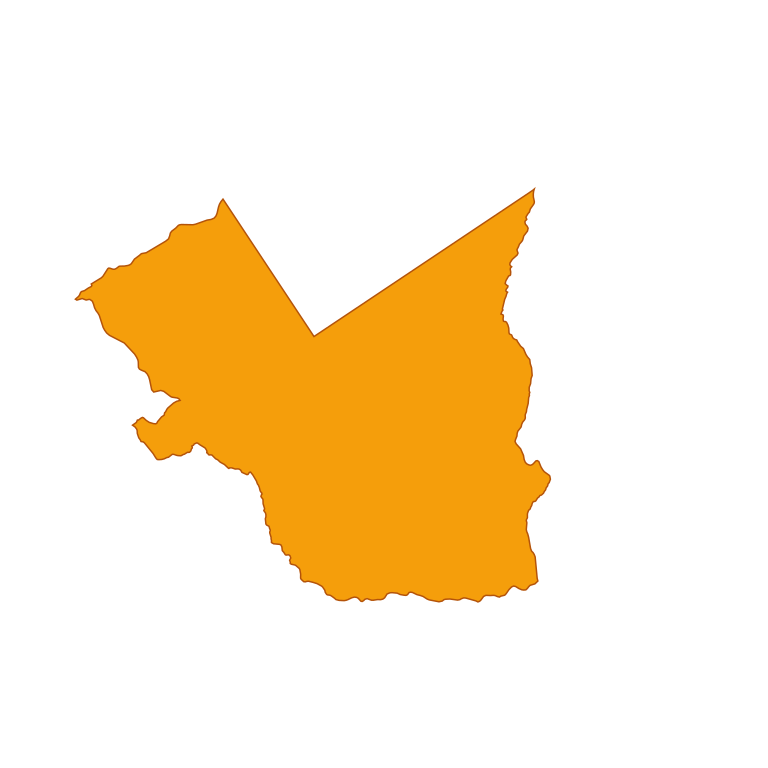 the Province of Moxico, rotated 236°
{"feature_id": "AGO-1892", "entity_name": "Moxico", "entity_type": "Province", "adm_level": 1, "iso_a3": "AGO", "parent_name": "Angola", "parent_adm1": "", "projection": "albers", "projection_center": [20.805, -13.377], "detail": "fine", "context": "isolated", "style": "filled", "palette": "amber", "viewbox_px": 768, "rotation_deg": 236, "n_neighbors": 0, "source": "natural_earth", "source_scale": "10m", "svg_char_len": 6171}
<svg xmlns="http://www.w3.org/2000/svg" viewBox="0 0 768 768"><g transform="rotate(236 384 384)"><path d="M462.5,352.5L461.4,603.8L461.4,615.7L461.6,617.6L460.2,615.9L458.0,614.0L455.5,612.4L451.1,610.6L450.1,609.8L449.3,608.5L447.3,603.2L445.2,600.6L444.8,598.9L443.3,595.5L442.6,594.8L440.7,594.5L440.4,593.8L440.4,592.7L439.6,591.4L437.4,590.6L434.9,590.9L432.6,590.6L430.5,588.4L428.6,582.7L425.9,579.6L425.2,578.2L424.2,574.5L422.6,572.2L421.1,569.5L420.3,569.0L417.6,568.3L416.5,566.6L415.6,560.1L414.0,556.3L412.9,555.2L411.5,554.9L409.8,555.4L409.5,553.7L408.5,552.8L406.0,551.7L403.8,550.0L403.5,549.2L403.8,548.2L403.8,547.6L401.4,542.7L399.5,540.6L397.4,541.0L395.9,541.6L395.0,540.6L394.3,538.5L393.6,537.5L393.0,537.1L392.3,537.2L391.0,537.8L390.4,536.4L388.4,534.1L386.7,531.4L380.0,524.1L379.5,523.9L378.9,524.0L378.6,523.5L378.3,522.4L376.6,520.1L374.9,521.3L373.6,521.0L371.1,518.9L369.3,518.2L368.5,518.7L367.9,519.6L366.7,520.1L363.6,519.7L360.6,518.7L356.8,516.4L355.6,516.0L354.9,516.2L353.7,517.0L353.1,517.2L350.8,516.7L349.3,516.8L347.6,517.6L346.4,518.6L346.0,518.7L344.8,518.4L338.9,518.4L335.4,519.4L329.2,518.2L326.3,518.1L322.8,518.5L319.0,516.6L314.9,515.4L308.2,511.6L306.2,508.9L302.3,505.7L300.1,502.6L297.3,500.6L295.4,500.1L294.6,498.9L293.2,498.2L291.8,496.3L287.2,492.6L283.3,488.2L281.3,486.5L280.0,484.5L279.3,483.7L276.9,482.2L276.2,481.4L275.7,480.5L274.8,477.5L273.5,475.5L272.3,474.3L271.6,473.4L270.0,468.5L268.5,466.7L266.5,465.1L264.4,462.0L263.1,460.5L260.5,460.1L253.9,461.0L246.8,459.7L243.1,458.0L240.5,457.4L238.2,457.6L236.3,458.6L234.8,459.8L234.3,461.5L234.4,463.2L235.3,466.9L234.8,468.2L233.2,469.0L227.6,467.8L224.4,467.6L221.7,467.8L216.0,469.9L215.0,470.0L212.0,468.7L209.9,465.8L209.4,464.1L208.0,462.6L207.2,460.3L205.9,458.8L205.2,456.7L204.3,455.2L203.9,452.5L204.4,450.8L203.7,449.4L203.6,447.6L202.2,444.4L202.3,443.4L202.9,442.3L202.8,441.4L202.2,440.2L200.6,438.4L199.8,436.7L198.8,435.5L198.5,434.6L198.5,433.6L198.3,433.1L196.8,431.0L195.9,430.1L192.9,428.1L192.0,426.4L191.1,425.5L189.7,425.1L188.9,424.7L183.8,420.6L181.9,419.8L179.3,419.3L176.1,418.2L165.6,413.5L162.8,412.9L160.9,413.3L158.7,413.2L156.1,412.6L137.2,402.3L134.6,401.4L133.9,397.4L135.4,392.5L135.0,390.5L134.3,388.5L134.0,386.5L135.0,384.7L136.3,383.2L138.9,381.5L142.5,379.9L144.0,378.5L144.4,376.3L143.7,372.7L141.8,367.9L141.4,366.0L142.8,362.2L142.8,360.6L144.3,359.2L146.5,357.8L147.7,356.4L149.0,354.1L151.8,350.3L152.2,347.8L150.7,343.6L150.4,341.8L150.8,340.0L152.8,338.9L160.7,332.2L162.1,330.5L162.7,328.1L162.8,326.3L163.7,324.2L168.9,318.4L171.2,314.6L171.7,313.1L171.5,310.9L172.7,307.8L179.7,300.8L181.6,299.5L186.0,297.6L188.3,295.9L191.0,293.5L195.3,291.0L196.6,289.6L197.1,288.1L196.3,286.0L196.2,285.1L196.5,284.0L197.7,282.5L200.4,279.7L203.2,278.0L206.5,274.0L207.6,272.1L208.2,269.1L206.4,265.0L206.3,262.8L207.1,260.6L208.9,258.1L210.8,254.1L211.9,252.6L215.5,250.0L216.2,247.7L215.8,246.0L215.9,244.3L216.8,243.4L220.8,242.8L222.4,242.0L223.9,240.3L224.8,237.7L225.4,233.5L225.9,231.6L226.7,229.8L229.7,225.8L232.2,223.6L234.0,223.2L237.9,221.8L239.1,221.1L240.7,219.3L241.6,218.8L244.1,218.8L246.1,219.6L249.9,219.6L251.3,219.3L255.9,216.9L259.3,214.2L262.7,211.1L263.5,209.7L264.0,208.1L265.0,206.9L268.4,206.1L269.7,206.3L273.0,208.6L277.1,210.4L278.4,210.6L282.9,209.4L283.9,208.8L286.4,206.4L287.6,205.9L288.8,206.7L290.7,207.2L291.8,209.3L292.4,209.6L294.3,210.0L294.8,209.9L295.9,209.2L296.7,207.5L297.4,206.8L297.9,206.7L300.4,206.8L302.7,206.5L306.2,208.3L308.4,208.5L309.5,207.7L313.3,203.1L315.1,202.2L315.7,202.1L317.0,203.1L318.8,203.8L319.9,204.6L324.4,206.0L325.2,206.5L326.0,207.6L326.7,208.1L328.1,208.3L330.0,209.0L330.5,209.0L332.8,207.8L334.0,207.8L338.7,210.3L339.8,211.7L341.6,213.0L343.7,213.7L345.3,213.5L346.4,213.7L347.0,214.9L347.7,215.4L352.3,216.8L355.8,219.0L356.6,219.2L358.4,219.0L359.6,219.1L360.6,220.3L360.9,221.2L361.9,221.7L363.9,221.5L365.0,221.7L368.3,222.9L370.7,223.3L371.9,223.2L375.0,224.0L381.9,224.4L385.6,224.1L385.9,223.6L385.9,222.6L385.1,220.7L385.5,219.7L390.2,216.8L392.7,217.0L393.6,216.7L394.7,216.1L395.4,215.3L396.7,213.1L399.6,210.9L400.8,209.1L400.7,208.2L401.2,207.9L406.5,206.7L410.8,204.5L414.3,203.7L416.1,202.6L421.4,201.6L422.5,200.3L422.9,199.4L423.6,199.0L425.3,199.1L426.1,198.6L427.3,199.6L428.6,199.9L430.8,199.9L431.5,199.7L436.5,197.4L439.1,196.5L439.9,195.8L440.4,193.1L439.8,191.9L440.0,189.9L438.8,189.7L438.2,189.3L437.8,188.0L436.5,186.4L436.2,185.1L436.2,184.4L437.3,182.7L437.4,179.5L437.9,177.7L437.9,176.2L438.2,175.3L439.9,173.1L440.8,172.2L443.2,170.4L444.1,169.2L443.8,164.4L444.5,162.7L444.8,160.2L445.7,157.6L447.2,155.0L448.2,153.8L449.1,153.6L450.5,153.5L455.5,153.7L469.1,152.5L470.5,152.1L472.2,150.4L474.1,150.7L476.5,150.6L480.9,151.8L483.6,153.4L484.9,153.7L487.5,153.6L490.5,152.5L490.6,157.2L492.0,159.4L491.4,160.2L491.6,163.4L491.4,165.0L490.5,165.7L486.9,166.5L483.5,167.9L480.1,170.7L478.6,172.5L478.6,173.9L479.4,175.2L481.1,181.1L481.1,184.3L482.8,186.0L483.1,187.4L484.5,189.9L485.0,191.5L485.9,198.9L485.6,202.4L484.4,205.8L486.5,205.7L488.0,204.8L491.6,200.9L492.9,200.1L501.1,197.3L503.5,195.3L506.1,188.6L509.2,188.2L518.4,192.0L521.6,193.0L524.7,193.3L527.8,192.8L531.3,190.5L533.1,189.6L535.1,189.7L539.8,192.7L541.5,193.4L544.6,193.9L548.3,194.0L563.3,191.6L577.9,183.6L581.4,182.6L584.7,182.5L587.9,182.8L600.0,186.3L602.7,186.5L605.9,186.3L609.1,186.7L612.5,187.8L615.7,188.5L618.5,187.5L619.1,186.7L620.2,184.0L623.6,181.6L625.3,176.3L626.9,175.6L627.4,179.7L627.9,181.1L629.5,183.6L629.8,184.8L628.9,187.9L628.9,192.6L628.5,195.8L629.0,196.9L630.6,197.2L630.1,209.1L630.5,211.3L634.0,219.4L634.1,220.4L633.3,221.5L630.7,223.5L629.8,224.8L629.5,226.7L629.7,230.1L629.3,231.1L627.0,234.6L625.5,237.9L625.0,239.6L625.0,241.7L627.1,247.0L627.4,253.2L627.7,255.3L627.6,256.1L625.8,260.2L624.5,282.7L624.8,286.5L626.6,289.1L628.6,291.3L629.4,293.4L629.7,298.5L630.5,302.3L630.2,303.7L629.5,305.2L622.9,314.6L621.9,317.0L618.8,329.0L617.1,332.7L616.5,336.0L617.3,338.7L618.9,341.1L623.3,345.8L625.1,348.2L626.4,350.9L627.3,353.9L462.5,352.5Z" fill="#f59e0b" stroke="#b45309" stroke-width="1.5"/></g></svg>